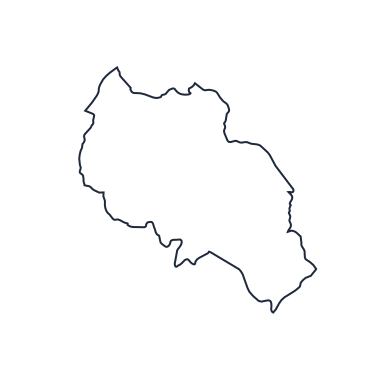 Jambi, Albers equal-area conic projection, rotated 57°
{"feature_id": "IDN-1930", "entity_name": "Jambi", "entity_type": "Province", "adm_level": 1, "iso_a3": "IDN", "parent_name": "Indonesia", "parent_adm1": "", "projection": "albers", "projection_center": [102.763, -1.764], "detail": "fine", "context": "isolated", "style": "outline", "palette": "slate", "viewbox_px": 384, "rotation_deg": 57, "n_neighbors": 0, "source": "natural_earth", "source_scale": "10m", "svg_char_len": 4337}
<svg xmlns="http://www.w3.org/2000/svg" viewBox="0 0 384 384"><g transform="rotate(57 192 192)"><path d="M244.4,105.5L245.4,105.8L246.5,106.4L246.9,107.3L246.6,108.6L245.2,110.0L244.6,111.1L248.4,110.4L250.2,110.4L251.9,111.4L252.8,112.6L254.1,115.2L255.1,116.4L255.5,116.5L256.5,116.3L256.9,116.4L257.1,116.6L257.3,117.3L257.4,117.5L258.0,118.1L258.5,118.8L259.2,119.5L261.1,120.2L261.6,121.0L261.9,121.8L262.4,122.2L265.7,122.7L266.9,123.6L268.8,125.8L270.0,126.2L271.9,126.4L273.4,126.9L274.6,127.8L275.5,129.2L276.9,132.4L277.6,133.3L278.5,129.8L279.9,128.2L281.8,127.0L283.7,126.3L287.2,125.5L288.4,125.1L294.0,127.8L295.6,128.9L297.0,129.4L301.3,129.5L302.9,129.8L308.2,132.9L310.2,133.3L313.7,131.8L314.5,131.4L319.3,130.0L324.2,129.8L324.6,130.6L327.0,138.0L325.9,143.4L326.3,146.7L327.0,149.4L327.4,150.2L330.0,153.0L330.3,154.0L330.9,159.3L330.7,172.2L331.4,175.9L332.8,179.5L336.1,185.6L337.3,189.5L335.9,190.1L335.3,190.0L334.2,189.8L333.4,189.4L330.9,187.5L328.5,186.1L327.0,185.7L325.9,185.8L325.1,186.3L324.6,186.8L324.0,187.8L321.7,193.5L320.8,194.4L319.4,195.5L312.1,197.5L306.9,198.2L302.7,197.7L288.5,194.3L285.1,194.2L282.4,194.6L252.5,209.3L251.3,210.2L252.0,211.9L251.1,222.3L251.4,224.9L252.2,226.8L252.7,227.4L253.6,228.3L254.0,228.8L254.0,229.3L253.6,229.9L252.8,230.5L251.6,231.1L250.1,231.5L247.0,231.9L246.1,232.3L245.6,233.0L245.3,234.1L245.2,234.8L245.3,235.6L246.2,239.6L246.4,241.9L246.4,242.5L246.2,243.1L246.1,243.6L246.1,244.1L246.2,244.6L246.3,245.2L246.2,245.8L245.9,246.2L245.2,246.4L244.3,246.3L242.7,245.5L232.9,236.2L232.2,234.9L231.6,232.9L230.2,229.8L229.1,228.5L228.1,227.7L226.8,227.3L225.4,227.8L223.5,231.2L222.2,233.2L221.5,235.1L221.5,236.3L222.1,237.3L223.0,238.1L223.7,239.1L224.3,240.4L224.5,241.7L224.4,242.7L223.9,243.5L222.9,244.2L219.2,245.5L217.5,245.9L215.4,245.2L210.8,243.4L208.4,244.5L205.9,244.3L203.1,243.4L200.5,242.9L198.0,242.1L196.4,241.9L195.3,242.1L194.5,243.0L193.8,244.4L193.4,245.8L193.6,247.0L194.1,247.9L194.9,248.5L195.5,249.2L195.8,250.1L195.5,251.3L189.4,260.3L188.3,261.6L186.9,262.8L185.4,263.6L184.4,263.9L183.9,263.6L183.6,263.2L183.2,263.2L181.5,264.8L180.0,265.8L176.0,268.0L174.7,269.1L174.0,270.3L173.5,271.5L172.8,272.4L171.3,273.0L165.9,273.4L164.8,273.8L163.5,274.1L162.0,274.1L160.2,274.0L157.8,273.2L155.9,272.4L151.9,269.8L147.4,268.7L144.2,266.4L141.9,270.2L137.3,273.0L135.8,273.7L132.1,274.5L131.2,275.1L127.8,278.5L127.0,278.0L124.9,277.5L123.8,277.0L121.7,275.7L119.0,274.5L117.8,274.5L117.1,274.7L115.4,275.4L114.5,275.4L113.7,275.0L111.8,272.8L110.9,272.0L108.7,271.4L107.5,270.9L102.8,268.5L99.8,266.1L97.0,263.2L95.1,260.3L92.1,257.6L91.4,255.5L90.8,254.6L89.6,253.4L86.9,252.4L85.8,251.6L85.1,250.3L82.9,241.9L81.4,239.5L81.2,238.5L81.1,238.0L80.6,237.4L79.7,236.7L78.2,236.0L76.2,234.0L75.5,233.2L74.8,232.6L74.2,232.2L72.7,232.4L65.7,237.3L62.6,227.4L59.2,219.0L58.0,217.1L57.1,215.8L54.4,213.7L53.1,212.3L51.6,210.0L49.2,205.3L47.9,200.6L47.2,195.7L46.7,187.0L49.9,187.6L51.4,187.4L52.8,187.9L54.4,188.8L56.3,189.0L71.3,186.7L72.4,187.8L75.2,188.0L76.2,187.6L77.5,186.7L79.6,183.5L81.2,181.4L84.4,178.4L91.4,173.2L93.4,171.1L94.4,169.5L95.3,166.9L95.3,166.2L95.0,165.7L94.5,165.0L94.4,164.1L95.3,161.6L95.4,160.7L93.9,155.7L94.3,153.3L94.7,151.6L95.5,150.7L96.1,150.4L96.8,150.3L97.6,150.3L100.6,149.8L102.8,148.7L104.6,147.3L106.6,144.8L107.8,142.8L108.5,141.2L108.6,140.1L108.5,139.6L108.0,139.4L107.6,139.6L107.1,139.8L106.3,139.9L104.7,139.2L103.6,138.2L103.8,136.4L103.8,134.5L103.5,132.6L102.4,130.3L112.0,127.0L112.7,126.6L113.4,126.0L114.0,125.3L114.8,123.5L115.3,122.5L115.8,121.8L116.5,120.9L118.2,119.2L120.0,117.8L120.7,117.4L121.4,117.1L122.2,117.0L123.1,116.9L128.0,117.0L132.2,116.5L133.6,116.1L136.1,115.1L137.1,114.9L138.1,114.8L139.1,114.9L142.6,115.8L143.4,116.2L144.2,116.8L144.8,117.9L145.4,120.1L145.9,120.7L150.2,124.6L151.1,125.7L151.5,126.5L151.6,127.2L151.8,127.6L152.3,127.9L154.5,128.3L155.4,128.7L156.2,129.3L156.7,130.0L157.7,131.4L158.6,132.1L160.5,132.8L168.1,134.2L169.9,133.9L171.1,132.5L172.6,128.0L173.1,127.1L175.7,125.4L176.4,124.9L177.0,124.3L177.8,123.2L178.9,120.6L179.4,119.8L180.0,118.9L180.7,118.3L183.2,116.5L184.0,115.8L187.2,111.9L188.4,110.7L189.4,110.0L190.4,109.4L200.1,106.9L203.6,106.7L215.6,107.7L243.4,105.7L244.4,105.5Z" fill="none" stroke="#1e293b" stroke-width="2"/></g></svg>